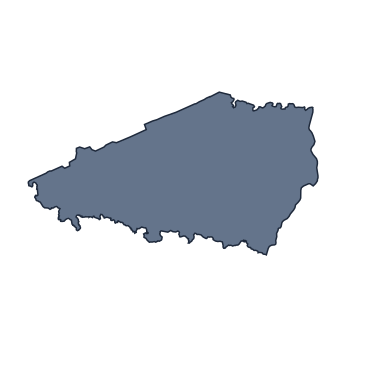 outline of Nahouri, Nahouri, Burkina Faso, rotated 155°
{"feature_id": "67063806B90465948144495", "entity_name": "Nahouri", "entity_type": "district", "adm_level": 2, "iso_a3": "BFA", "parent_name": "Burkina Faso", "parent_adm1": "Nahouri", "projection": "orthographic", "projection_center": [-1.117, 11.253], "detail": "fine", "context": "isolated", "style": "filled", "palette": "slate", "viewbox_px": 384, "rotation_deg": 155, "n_neighbors": 0, "source": "geoboundaries", "source_scale": "gbopen_adm2", "svg_char_len": 6073}
<svg xmlns="http://www.w3.org/2000/svg" viewBox="0 0 384 384"><g transform="rotate(155 192 192)"><path d="M66.4,164.6L65.4,166.9L65.1,169.7L66.5,174.9L66.7,179.1L66.1,180.5L64.5,181.9L61.5,183.4L59.2,185.9L58.4,191.5L58.3,195.0L58.8,197.5L59.3,198.6L59.1,200.6L57.4,203.0L48.8,213.2L47.5,215.7L47.2,217.0L46.8,217.4L47.3,218.1L49.9,218.8L51.6,218.7L52.5,218.3L54.5,218.0L54.9,219.5L54.1,220.7L54.1,221.5L56.1,221.8L59.6,223.8L62.0,224.6L63.0,225.8L62.7,227.4L62.9,228.7L63.4,229.5L65.6,230.4L65.9,230.8L67.5,231.0L68.6,229.3L69.4,228.8L71.6,229.1L72.7,227.9L73.6,228.5L74.7,228.6L76.0,229.7L76.1,230.6L74.6,231.4L74.4,234.7L75.2,235.4L75.8,235.3L76.7,236.1L77.7,235.9L79.7,233.9L81.1,234.3L82.9,236.0L83.0,236.5L81.6,237.4L81.3,238.0L81.5,238.7L83.3,240.2L86.7,240.6L88.0,240.2L89.3,238.9L91.6,238.3L92.7,238.5L94.3,240.5L95.4,240.8L95.9,240.0L98.7,239.0L101.7,239.4L102.3,239.9L102.1,240.8L101.5,242.1L101.0,242.6L99.8,242.6L99.3,242.9L99.5,244.7L103.7,248.8L104.8,248.9L105.1,250.5L108.0,253.2L110.1,253.8L111.8,255.8L114.1,255.3L115.0,254.6L115.4,252.2L116.8,250.8L118.7,250.8L118.7,251.5L119.1,252.1L118.0,252.5L117.8,252.9L118.5,254.6L118.6,256.3L117.2,256.5L115.9,257.2L114.7,258.3L114.6,259.1L115.8,259.9L116.6,261.5L116.3,263.8L125.1,271.0L135.5,270.6L135.5,270.9L139.2,271.0L141.9,270.6L147.3,270.7L150.9,270.3L152.5,270.7L172.8,271.0L185.0,272.2L193.6,272.4L197.6,273.0L206.5,273.3L207.1,267.9L224.3,268.0L239.6,268.6L242.9,271.0L250.2,270.9L252.8,269.9L262.2,269.9L264.8,272.6L265.6,276.1L271.0,276.6L274.8,280.2L278.3,280.4L279.8,277.5L280.0,276.1L283.6,271.3L290.6,270.7L291.8,267.3L297.3,267.3L298.9,270.3L310.9,270.5L311.8,271.1L314.2,271.2L316.3,270.7L334.3,270.9L336.0,270.3L336.6,269.3L336.7,267.8L337.0,267.6L337.2,266.6L335.6,265.3L335.3,264.6L334.8,264.3L333.7,264.9L332.9,267.0L331.8,267.6L331.0,267.7L329.8,266.3L329.6,264.4L329.3,263.8L329.7,262.9L330.2,262.8L330.3,262.0L331.1,261.1L331.3,260.5L331.0,260.1L331.5,259.9L331.2,259.3L332.9,254.4L334.2,254.1L334.7,255.0L335.2,255.0L335.7,254.3L336.2,254.4L336.8,253.5L336.4,252.0L336.7,250.7L336.5,249.9L335.2,248.8L335.1,248.3L333.8,246.9L333.2,241.8L332.3,240.0L329.7,238.6L328.9,237.9L328.0,236.3L326.9,236.3L326.2,236.9L325.9,236.5L325.5,236.7L324.7,236.2L323.7,236.2L323.2,236.5L321.0,236.2L320.5,235.6L320.1,234.2L318.7,232.8L321.0,230.8L321.3,230.1L321.2,229.1L322.5,227.9L322.6,227.1L322.4,226.4L323.3,226.0L323.8,225.4L323.5,225.2L323.7,224.6L324.5,224.3L324.6,223.5L324.1,223.0L323.0,222.7L322.7,222.1L323.4,221.3L323.4,220.9L321.6,220.0L320.1,219.6L318.3,220.4L316.6,220.6L315.1,220.3L314.3,219.2L314.1,218.5L313.2,217.4L314.3,213.6L313.9,212.9L314.1,212.3L313.4,211.9L313.4,211.1L312.8,210.8L312.9,210.1L312.0,208.4L312.8,206.6L312.2,205.4L310.8,205.3L310.5,205.7L309.8,205.7L308.5,206.3L308.0,207.3L308.1,208.1L307.8,208.7L308.3,209.4L308.1,210.2L308.5,210.3L308.5,211.0L307.7,212.8L307.1,212.9L307.1,214.2L306.7,215.0L306.9,216.8L307.6,217.8L307.6,218.2L307.3,218.9L306.3,219.5L305.2,219.4L304.2,218.8L304.5,218.7L304.2,218.2L303.6,218.3L303.2,216.9L302.6,217.0L301.9,216.6L301.9,216.1L302.4,215.8L301.7,215.2L300.4,215.0L299.7,214.5L298.7,214.6L297.9,213.9L295.8,213.1L296.0,212.6L295.2,212.8L294.0,212.1L292.9,210.8L291.7,211.7L291.1,211.5L290.8,210.0L287.9,207.2L287.7,206.2L286.3,206.4L285.7,208.9L284.6,209.9L284.1,210.2L283.9,209.8L283.2,209.7L282.7,208.3L282.8,207.1L282.3,206.9L282.5,205.5L280.1,205.2L279.0,204.5L277.0,202.5L276.7,202.6L276.7,202.2L277.4,201.3L277.4,200.6L276.5,199.9L275.0,200.0L274.7,199.8L274.3,198.2L274.8,197.1L274.7,196.3L274.4,196.1L273.1,196.5L272.3,195.9L271.6,197.0L270.9,196.9L270.7,196.3L269.9,195.6L269.8,194.7L268.3,194.2L268.1,193.6L267.6,193.1L267.7,192.4L267.4,191.1L266.6,190.8L266.5,189.9L265.8,189.2L264.1,188.5L263.1,186.2L263.2,185.5L262.7,185.2L262.9,184.6L262.5,184.1L263.0,183.5L262.4,182.8L262.2,180.7L261.3,180.9L260.7,180.1L261.2,178.9L259.6,179.0L259.4,179.9L258.5,180.9L257.7,181.2L257.3,182.1L255.5,181.1L252.4,181.5L250.3,179.6L249.1,179.1L249.0,177.1L249.9,174.8L249.7,174.1L249.3,174.2L249.0,173.6L249.4,173.1L250.3,173.3L250.9,173.6L251.5,174.6L253.6,174.4L253.6,173.2L254.7,171.2L253.3,169.4L253.0,167.2L251.9,164.5L250.3,164.1L249.4,163.5L247.1,163.0L246.0,161.8L244.8,162.0L244.0,161.8L243.5,162.1L242.4,161.2L240.0,161.4L239.5,161.8L238.1,163.8L239.0,165.8L238.9,167.7L238.0,168.6L237.7,169.5L236.4,169.8L230.8,165.8L227.5,166.1L226.2,164.2L223.6,162.6L221.4,162.6L220.7,161.8L220.5,160.7L221.8,159.2L221.7,157.9L222.1,156.7L221.3,156.1L218.2,155.7L216.8,154.8L215.7,152.0L215.0,151.1L215.6,150.4L215.4,149.1L215.8,148.9L216.3,147.4L216.8,147.3L216.6,147.1L215.9,146.8L214.9,147.3L213.2,147.5L211.8,148.5L210.2,149.0L209.1,150.4L208.6,152.5L206.8,153.4L205.9,152.6L205.4,151.4L203.9,150.8L202.0,149.4L200.9,146.5L199.1,144.1L198.3,143.7L196.5,144.6L195.4,143.8L193.7,143.3L193.0,142.8L192.6,142.0L192.4,140.8L192.9,140.3L192.9,139.8L191.5,137.7L189.5,136.2L187.4,135.5L185.6,133.9L186.5,130.0L187.1,129.1L187.1,127.7L186.5,127.3L185.6,127.5L185.3,127.2L184.7,127.7L181.4,128.4L180.4,127.6L179.6,127.5L178.7,126.8L178.1,125.9L176.0,125.6L175.4,125.2L174.5,125.2L172.7,124.5L172.1,124.8L171.5,124.8L168.1,126.8L167.4,126.3L165.5,126.5L165.2,126.1L165.4,125.8L166.2,125.5L165.8,124.8L165.2,124.6L164.7,125.6L164.3,125.6L163.6,124.6L164.4,124.3L163.9,123.7L163.9,122.4L163.4,121.4L164.6,120.1L164.5,118.9L163.5,117.5L162.4,117.0L162.4,115.4L161.1,114.4L160.5,112.9L158.9,112.2L157.5,110.7L157.4,110.0L157.8,109.0L156.5,108.8L154.5,107.6L154.0,107.0L154.1,106.4L153.5,105.5L151.8,104.4L151.2,103.6L146.7,108.7L144.9,110.0L142.4,110.2L139.5,109.2L138.3,109.3L137.4,110.4L136.6,112.7L134.1,115.6L132.8,118.8L130.4,120.7L129.2,122.4L128.3,122.5L127.1,122.2L126.6,122.5L125.7,123.2L123.6,126.1L122.5,126.9L120.6,127.5L116.9,127.7L114.3,128.9L112.2,130.5L107.6,132.7L105.4,134.2L103.6,136.6L100.4,137.7L97.6,139.1L96.1,140.5L92.6,147.7L91.1,149.6L88.4,150.3L82.9,150.2L81.5,149.6L79.6,146.3L76.4,147.4L73.7,149.1L72.8,150.7L71.9,151.5L71.0,153.4L68.7,161.3L66.4,164.6Z" fill="#64748b" stroke="#1e293b" stroke-width="1.5"/></g></svg>